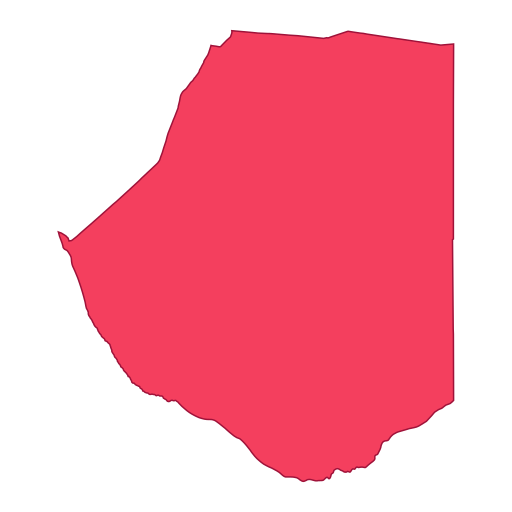 outline of Wajir South, North-Eastern, Kenya
{"feature_id": "3690345B47933297170219", "entity_name": "Wajir South", "entity_type": "district", "adm_level": 2, "iso_a3": "KEN", "parent_name": "Kenya", "parent_adm1": "North-Eastern", "projection": "robinson", "projection_center": [40.096, 0.963], "detail": "fine", "context": "isolated", "style": "filled", "palette": "rose", "viewbox_px": 512, "rotation_deg": 0, "n_neighbors": 0, "source": "geoboundaries", "source_scale": "gbopen_adm2", "svg_char_len": 5987}
<svg xmlns="http://www.w3.org/2000/svg" viewBox="0 0 512 512"><path d="M453.6,400.4L453.4,334.1L453.2,329.0L452.5,239.7L453.4,239.0L453.4,103.5L453.6,48.7L453.6,44.0L440.8,45.1L440.0,45.0L437.6,44.6L398.5,38.8L398.1,38.8L375.7,35.4L367.0,34.1L363.3,33.4L360.2,33.1L351.4,31.8L348.4,31.3L347.5,31.4L333.3,36.1L330.3,37.1L328.7,37.8L327.5,37.9L326.8,37.7L324.5,38.2L323.7,38.4L302.5,36.2L297.7,35.7L289.7,35.2L270.7,33.6L266.7,33.5L258.1,33.1L251.2,32.4L231.8,30.7L231.9,31.4L231.9,32.4L231.7,33.4L230.6,36.6L230.3,37.1L226.7,40.3L222.2,44.9L220.8,46.4L220.2,46.7L219.3,46.8L216.0,46.2L212.1,45.7L211.0,45.4L210.7,46.6L208.7,52.8L208.0,54.5L207.6,55.4L207.0,56.2L204.2,60.6L203.9,61.3L203.8,61.8L203.7,62.6L203.0,63.8L201.6,66.3L200.6,68.4L200.1,69.0L199.8,69.6L199.3,70.9L199.1,71.8L198.0,73.6L196.0,76.2L195.3,77.2L194.3,78.2L193.2,80.0L192.5,80.9L191.4,81.8L190.7,82.5L186.4,88.5L186.0,88.9L183.6,90.9L182.9,91.6L182.3,92.4L181.2,94.3L180.7,95.5L180.2,97.5L179.6,100.9L179.1,103.0L178.3,106.1L178.2,107.2L178.0,108.2L174.6,117.0L173.4,119.8L172.3,122.7L168.1,133.3L167.8,134.3L167.0,137.0L166.0,141.1L163.7,148.0L162.3,152.7L160.6,157.2L159.9,159.4L159.7,160.0L159.3,160.7L158.6,161.7L157.8,162.9L156.4,164.3L148.3,171.9L142.1,177.7L138.6,181.2L126.1,192.7L116.1,201.8L113.1,204.3L96.1,219.5L80.4,233.2L76.8,236.5L74.0,238.7L72.5,239.9L71.7,240.4L71.0,240.7L69.6,240.8L69.1,241.0L68.8,240.2L68.4,239.3L68.1,238.1L67.1,237.2L65.9,235.9L62.4,233.7L61.0,232.9L59.6,232.5L58.4,232.0L59.5,236.2L60.3,238.3L61.3,241.0L62.3,243.8L63.0,246.5L63.1,247.3L63.5,248.0L64.0,248.6L64.6,249.2L66.9,250.4L67.4,250.9L68.3,252.1L70.2,255.2L71.0,256.9L71.1,257.4L71.3,258.2L71.6,261.7L71.9,263.4L72.1,264.4L72.7,266.2L74.9,271.0L77.8,278.0L79.4,282.6L81.1,287.7L82.5,292.3L83.8,296.9L85.1,301.9L86.0,306.6L86.5,308.5L87.6,310.4L87.8,311.1L88.2,311.7L88.3,313.4L88.3,314.0L88.6,315.0L89.0,315.9L89.6,316.6L90.3,318.0L91.5,319.5L91.9,320.2L92.8,322.2L93.6,323.5L94.0,324.7L95.0,326.3L95.9,327.2L97.1,328.1L97.4,328.6L97.5,329.3L97.9,330.2L98.1,330.8L98.3,331.3L98.9,332.1L99.8,333.7L100.7,334.4L101.1,335.2L101.4,336.0L101.7,336.5L103.1,337.8L104.2,338.6L104.8,339.6L104.9,340.2L105.2,340.8L105.9,341.0L106.4,341.4L107.1,341.5L107.5,342.0L107.8,342.5L108.3,343.0L109.5,344.0L109.9,344.5L110.2,345.8L110.5,346.4L110.7,347.2L110.9,347.9L111.8,350.1L111.8,351.1L112.0,351.9L113.0,353.5L114.1,355.1L114.5,356.5L114.9,357.2L115.3,357.6L115.9,358.1L116.8,359.4L117.2,360.1L117.4,360.7L117.5,361.5L117.8,361.8L118.1,362.2L118.4,362.7L118.7,363.3L119.1,363.9L119.6,364.2L119.8,364.5L120.6,365.9L120.7,366.6L121.0,367.0L121.7,367.4L122.4,368.0L123.2,368.9L123.4,369.7L123.5,370.0L124.2,371.0L124.5,371.4L125.2,371.9L125.9,372.8L126.4,373.1L127.1,374.3L127.8,375.2L127.9,376.0L128.3,376.6L128.8,376.4L129.7,377.3L130.3,378.4L130.6,379.3L131.1,380.1L131.5,380.8L131.8,382.1L132.1,382.5L132.5,382.8L132.9,383.1L134.0,383.1L134.9,384.0L135.4,384.6L136.8,385.4L137.6,385.6L138.3,386.1L138.8,386.3L139.5,386.4L139.8,387.0L140.0,387.8L140.9,388.6L141.4,388.7L141.7,389.0L142.2,389.6L142.6,390.3L142.8,391.0L143.7,391.2L144.1,391.5L144.5,391.9L145.1,392.4L145.8,392.6L146.5,392.9L147.5,393.0L148.1,393.2L148.7,393.8L149.4,394.3L150.0,394.4L150.9,394.4L151.5,394.2L152.0,394.1L153.4,394.5L154.4,394.5L155.0,394.8L156.2,395.7L157.9,395.2L158.5,395.2L158.9,395.4L159.5,395.9L160.2,396.0L161.6,396.0L162.4,396.3L162.8,396.8L163.2,397.4L163.4,398.0L163.5,398.2L163.9,398.4L164.4,398.6L164.9,399.1L165.5,399.3L166.0,399.6L166.5,400.1L166.8,400.6L167.4,401.2L168.2,401.5L169.1,401.5L169.8,401.3L170.6,400.7L171.1,400.4L171.9,400.3L172.4,400.3L173.0,400.6L173.5,400.7L174.3,400.7L175.1,400.4L175.8,400.4L176.5,401.1L177.3,401.6L177.9,402.0L178.9,403.2L181.9,406.3L185.1,409.1L187.0,410.7L189.3,412.4L191.5,413.8L194.2,415.3L196.2,416.3L199.1,417.6L201.7,418.4L203.7,418.9L204.6,419.1L206.9,419.4L211.3,419.5L212.6,419.7L213.9,420.1L215.1,420.6L216.2,421.3L218.8,423.2L225.4,428.5L226.2,429.3L229.6,432.3L233.5,435.5L234.5,436.2L236.8,437.6L239.5,438.6L240.5,439.3L241.5,440.2L242.5,441.1L244.5,443.2L246.5,445.5L250.3,450.3L251.5,452.1L252.5,453.4L254.2,455.5L255.0,456.5L257.1,458.7L259.0,460.4L261.1,462.2L263.7,464.1L266.6,465.7L269.2,467.0L270.2,467.4L272.0,468.2L276.8,470.8L279.3,472.4L282.6,475.3L284.0,476.3L284.9,476.7L285.5,476.9L290.0,476.9L292.5,477.0L293.6,477.1L296.7,477.7L297.9,478.3L298.7,478.8L299.6,479.6L301.5,480.8L302.2,481.1L303.0,481.3L303.8,481.3L304.5,481.1L306.2,480.4L307.3,479.7L309.2,479.4L311.0,479.6L314.7,480.6L315.8,480.8L317.2,480.8L318.0,480.6L321.6,480.5L322.5,480.4L323.2,480.2L323.8,479.8L325.8,477.9L326.3,477.6L327.0,477.3L327.6,477.5L328.5,478.4L329.0,478.7L329.4,478.6L329.7,478.4L330.2,477.7L330.6,476.8L331.3,474.2L331.7,473.8L332.8,473.1L333.2,472.6L333.5,471.9L333.7,471.1L333.9,470.5L334.2,470.1L334.5,469.9L335.4,469.3L336.5,468.8L337.0,468.7L337.9,468.7L338.6,468.9L340.0,469.7L340.7,470.2L341.7,470.6L342.5,470.8L343.5,471.6L344.2,471.9L344.9,472.1L345.9,472.1L346.6,472.0L347.5,471.4L348.4,471.6L349.7,472.1L350.2,472.0L350.8,471.3L351.7,469.8L352.3,469.2L352.9,468.9L353.7,469.0L354.2,469.2L354.7,469.1L355.1,468.8L355.6,468.0L356.4,467.2L357.2,467.1L358.5,467.5L361.0,467.1L362.4,467.1L363.5,467.3L364.6,467.5L365.3,467.5L366.0,467.1L368.4,464.9L370.2,463.4L372.9,461.4L374.4,459.9L374.7,459.3L374.9,458.5L374.8,456.7L375.0,455.9L375.5,455.3L376.0,455.0L376.8,454.7L377.4,454.4L377.8,453.9L380.0,449.5L380.7,447.6L381.1,445.6L381.5,444.5L382.0,443.3L382.5,442.5L383.2,441.8L383.8,441.4L384.4,441.1L385.1,440.9L386.8,440.7L387.8,440.4L388.4,440.0L388.9,439.3L390.5,437.0L391.8,435.6L393.3,434.3L396.4,432.6L397.5,432.1L399.1,431.6L406.3,429.5L409.2,428.6L414.1,427.6L415.2,427.3L416.4,427.0L418.3,426.2L419.3,425.7L426.4,421.3L431.7,415.6L434.4,412.4L435.0,411.9L438.4,409.7L439.0,409.4L440.0,409.0L441.7,408.3L442.7,407.6L443.5,406.9L444.8,405.9L445.7,405.2L446.4,404.9L449.4,403.8L450.3,403.4L452.2,401.8L453.6,400.4Z" fill="#f43f5e" stroke="#9f1239" stroke-width="1.5"/></svg>